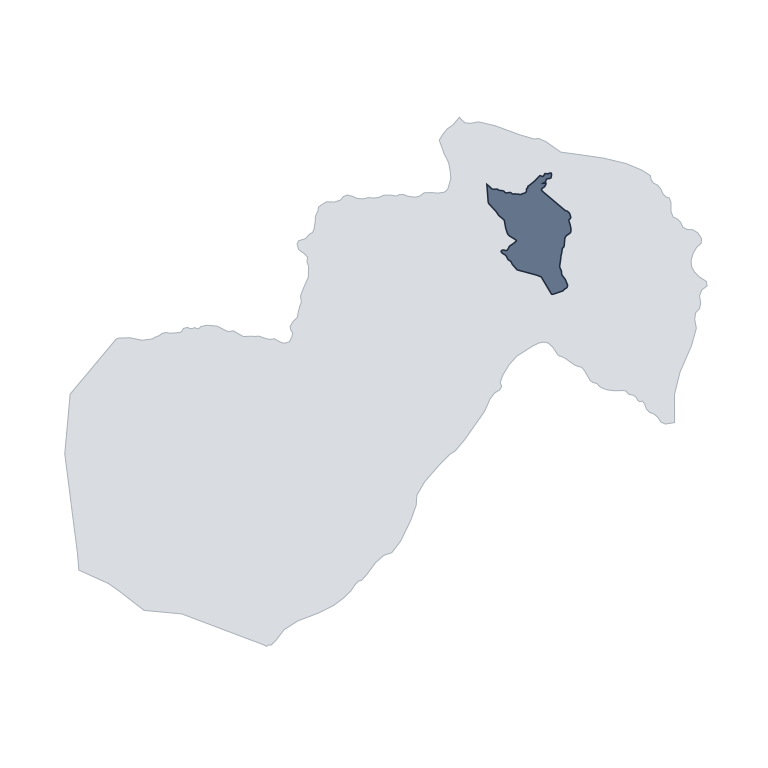 Caaguazú highlighted on a map of Paraguay, rotated 276°
{"feature_id": "PRY-617", "entity_name": "Caaguazú", "entity_type": "Department", "adm_level": 1, "iso_a3": "PRY", "parent_name": "Paraguay", "parent_adm1": "", "projection": "robinson", "projection_center": [-55.638, -25.106], "detail": "fine", "context": "in_parent", "style": "filled", "palette": "slate", "viewbox_px": 768, "rotation_deg": 276, "n_neighbors": 0, "source": "natural_earth", "source_scale": "10m", "svg_char_len": 6021}
<svg xmlns="http://www.w3.org/2000/svg" viewBox="0 0 768 768"><g transform="rotate(276 384 384)"><path d="M402.2,139.0L403.6,144.5L404.5,148.7L406.7,151.7L408.8,155.7L411.0,157.9L412.5,161.7L412.1,165.9L413.0,171.4L414.1,176.1L415.2,177.4L418.3,178.6L419.8,182.9L418.7,185.1L419.2,187.6L420.3,190.0L419.3,192.3L419.8,194.1L421.9,195.8L423.9,201.7L424.1,211.9L422.0,217.4L420.3,221.9L419.9,224.6L421.2,228.6L419.0,233.3L416.5,239.1L417.1,243.1L417.6,246.8L417.8,250.8L418.5,254.5L417.6,258.5L416.8,262.0L416.4,265.9L417.5,270.4L415.5,274.7L414.5,277.6L414.1,280.6L416.0,285.4L421.0,287.4L424.8,287.9L428.5,285.4L431.3,284.6L436.4,286.9L441.2,290.8L447.2,291.3L452.6,292.1L456.7,293.3L462.7,291.8L468.9,293.3L476.3,295.6L482.3,297.6L488.3,297.1L492.8,296.8L497.5,294.6L502.1,294.8L505.5,290.8L507.4,287.4L509.1,284.9L514.1,282.9L517.5,284.1L520.3,290.6L525.3,294.3L527.2,297.1L530.9,298.3L538.8,298.6L543.8,298.3L549.4,300.3L553.0,300.3L556.2,303.8L559.3,308.0L559.7,315.7L562.5,321.7L566.1,323.9L568.1,327.7L567.4,332.9L565.7,338.1L565.9,343.8L567.8,349.1L567.8,354.3L569.1,359.5L571.7,364.0L572.6,371.2L572.1,376.4L573.9,379.4L574.5,383.7L573.4,387.2L573.0,391.9L573.2,396.1L574.5,399.6L578.4,404.1L579.4,412.0L579.4,417.5L581.1,424.0L584.4,427.0L589.5,428.0L595.5,429.0L602.8,427.5L609.2,425.7L612.9,424.0L619.9,419.3L626.2,416.5L629.4,414.8L632.4,413.5L638.6,416.5L644.4,420.3L648.9,425.5L657.2,431.2L655.6,432.6L652.2,437.3L652.3,442.8L654.6,450.7L652.5,467.4L646.0,492.9L643.3,507.8L644.4,512.0L642.0,519.5L633.1,535.5L632.8,546.2L631.6,578.6L628.6,601.4L623.6,618.2L619.1,627.2L615.0,628.3L612.0,631.0L610.3,635.3L606.9,638.8L602.1,641.7L599.5,644.8L599.0,648.2L594.4,650.4L585.5,651.4L580.3,654.1L578.8,658.5L575.8,662.1L571.4,664.7L569.4,669.0L569.6,675.1L567.1,680.3L561.8,684.6L557.0,684.7L552.5,680.6L546.6,677.9L539.1,676.5L532.9,677.6L527.9,681.0L523.5,686.4L519.7,693.8L515.4,695.1L510.7,690.1L504.7,688.6L497.5,690.5L491.8,689.9L487.5,686.5L480.9,686.2L472.1,688.8L454.1,685.8L427.0,677.2L404.1,674.0L376.0,677.0L373.6,668.1L375.1,663.3L379.6,659.7L382.4,655.6L383.6,651.0L386.7,647.5L391.8,645.1L394.0,642.7L393.2,640.2L394.3,638.0L397.2,636.1L398.9,633.2L399.2,629.1L400.4,627.1L402.3,625.5L402.5,622.7L401.4,614.0L401.5,606.8L402.8,601.3L404.5,597.9L405.7,597.1L406.9,595.1L407.3,591.7L409.1,588.6L418.1,582.1L421.4,578.6L421.7,575.5L423.0,571.1L428.3,561.9L430.0,557.5L430.1,555.3L432.0,553.1L438.4,547.9L441.9,543.1L442.4,538.5L440.8,533.4L437.1,527.6L425.6,513.2L416.6,506.6L405.1,501.2L397.6,499.4L394.0,501.3L390.3,499.8L386.6,494.9L380.3,491.1L367.1,486.8L337.0,470.0L324.9,461.8L320.9,456.8L309.6,447.7L291.1,434.7L276.9,428.3L267.1,428.7L251.3,424.9L229.6,417.0L217.0,409.3L213.6,401.8L205.5,394.3L192.7,386.8L186.1,381.9L185.6,379.5L181.8,376.4L174.7,372.6L166.9,366.1L158.4,356.9L149.3,342.6L139.5,323.2L129.1,310.2L118.0,303.5L112.5,299.0L112.5,296.8L110.8,294.7L112.2,291.0L116.0,276.3L121.6,255.0L127.4,232.9L134.2,206.9L134.0,188.4L133.8,169.0L143.7,153.0L150.8,141.6L156.8,130.8L162.9,112.3L167.0,100.0L183.0,97.0L210.1,90.6L223.6,87.4L252.2,80.7L281.2,73.8L311.6,73.4L341.1,72.9L364.0,88.3L381.5,100.0L400.7,112.9L402.0,115.7L403.4,126.6L402.2,139.0Z" fill="#d9dde1" stroke="#a8b0b8" stroke-width="1"/><path d="M540.4,500.7L540.9,500.2L541.5,499.3L544.3,493.4L545.3,492.1L546.6,491.0L551.8,488.7L559.4,486.5L561.1,484.3L563.0,481.3L563.9,480.2L567.1,477.6L574.2,469.5L575.0,468.9L576.3,468.5L593.3,465.4L591.6,468.0L589.7,470.4L589.4,470.9L589.2,471.6L589.1,472.3L589.2,473.4L589.6,475.1L589.6,475.9L589.6,476.5L588.9,477.8L588.6,478.5L588.7,481.6L588.5,482.5L588.1,483.4L587.7,483.8L587.2,484.2L586.9,484.7L586.8,485.5L587.1,486.9L587.6,488.7L587.7,489.4L587.6,490.0L586.9,491.1L586.5,491.6L586.4,492.4L586.4,492.9L586.6,493.4L586.7,493.8L586.8,494.2L586.8,494.6L586.7,495.8L586.7,496.3L586.8,496.8L586.9,497.1L586.9,497.6L586.9,498.2L586.6,499.1L586.7,499.9L586.8,500.3L587.6,501.5L587.9,502.2L588.2,502.9L588.5,503.7L588.6,504.0L588.8,504.3L589.3,504.8L589.6,505.0L589.9,505.2L590.2,505.4L590.6,505.5L591.1,505.5L591.5,505.5L592.7,505.3L593.1,505.4L593.4,505.6L593.6,505.8L593.9,506.1L594.1,506.3L594.4,506.5L594.8,506.5L595.1,506.4L595.5,506.4L595.8,506.5L596.0,506.8L596.4,507.4L601.6,512.6L607.0,516.8L607.3,517.0L607.5,517.3L607.5,517.8L607.4,518.2L607.0,519.7L607.0,520.1L607.2,520.4L607.4,520.7L607.6,520.9L608.0,521.1L609.7,521.8L610.0,522.0L610.2,522.3L610.2,522.7L610.1,524.1L610.1,524.6L610.2,525.0L610.3,525.3L610.5,525.6L610.9,526.3L611.0,526.6L611.2,527.0L611.2,527.4L611.2,528.3L609.8,528.8L608.1,528.7L606.4,528.5L605.5,526.9L605.4,525.8L605.2,525.0L604.7,524.3L603.8,523.9L602.7,523.7L602.2,523.5L601.6,523.1L601.2,522.6L600.6,521.6L600.2,521.1L600.3,521.9L600.6,523.4L600.7,524.1L599.9,524.2L599.1,524.0L597.6,523.4L596.9,523.0L595.3,521.2L594.1,520.3L593.3,520.3L591.4,522.6L576.4,544.7L575.3,546.5L575.2,547.4L575.2,547.7L575.0,548.3L574.7,548.8L574.1,549.5L573.8,550.1L573.1,550.6L572.4,551.1L569.2,552.4L567.6,551.8L566.9,550.9L566.5,550.7L565.9,550.7L562.1,552.4L558.1,553.7L556.1,553.9L554.5,553.8L553.6,553.3L552.8,552.5L551.4,550.8L550.7,550.0L549.8,549.4L548.5,548.8L547.3,548.6L540.4,548.8L539.4,548.6L538.6,548.2L538.1,547.6L537.4,547.2L532.1,547.0L530.2,546.6L529.3,546.6L527.5,546.7L520.2,546.4L518.9,546.5L517.8,546.9L515.8,548.2L515.1,548.5L514.3,548.8L512.2,549.1L511.1,549.6L510.3,550.2L507.2,553.2L506.6,553.6L503.0,555.5L501.6,556.3L499.5,556.1L499.2,555.9L498.6,555.5L497.2,553.6L495.2,552.1L495.0,551.5L494.9,551.3L491.1,543.2L490.8,542.2L490.7,541.5L491.1,541.0L506.9,529.2L508.2,524.5L511.4,504.5L516.1,499.4L516.7,498.9L518.7,497.7L519.3,497.0L519.8,496.2L520.1,495.4L520.5,494.6L521.2,494.0L524.0,492.2L524.8,491.3L525.4,490.3L525.7,489.4L526.2,488.5L526.7,487.7L527.3,487.0L528.0,486.6L528.6,486.7L529.4,487.4L529.7,488.4L529.8,489.2L529.5,490.3L529.5,490.9L529.5,491.5L529.7,492.0L530.1,492.6L530.8,493.0L533.8,494.2L534.2,494.5L534.6,494.8L536.8,497.5L539.8,500.5L540.4,500.7Z" fill="#64748b" stroke="#1e293b" stroke-width="1.5"/></g></svg>